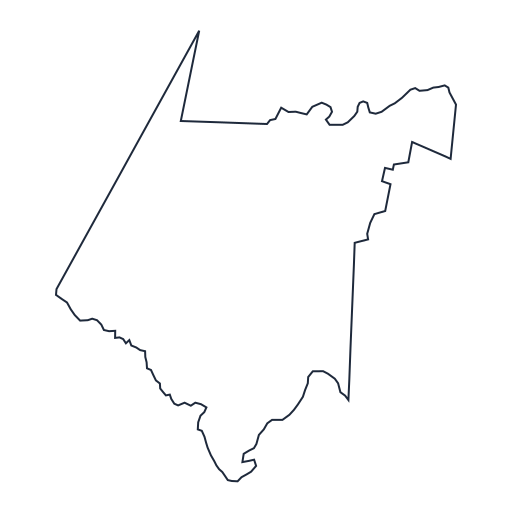 Cabaceiras, Paraíba, Brazil (Natural Earth projection)
{"feature_id": "56859067B3444043587564", "entity_name": "Cabaceiras", "entity_type": "district", "adm_level": 2, "iso_a3": "BRA", "parent_name": "Brazil", "parent_adm1": "Paraíba", "projection": "natural_earth1", "projection_center": [-36.284, -7.453], "detail": "fine", "context": "isolated", "style": "outline", "palette": "slate", "viewbox_px": 512, "rotation_deg": 0, "n_neighbors": 0, "source": "geoboundaries", "source_scale": "gbopen_adm2", "svg_char_len": 1990}
<svg xmlns="http://www.w3.org/2000/svg" viewBox="0 0 512 512"><path d="M348.4,400.0L349.3,379.9L350.5,347.7L353.9,265.1L354.7,242.8L368.1,239.4L367.2,233.8L370.2,222.9L374.4,214.1L385.2,211.0L390.5,184.2L382.0,181.2L385.0,167.9L392.8,169.7L393.9,164.5L408.3,162.3L412.1,142.0L446.4,156.9L450.6,158.9L456.0,104.6L449.5,92.5L448.3,87.6L444.7,85.4L438.6,87.0L433.3,87.6L427.5,90.1L419.5,90.8L415.2,88.1L410.4,89.7L402.0,97.8L394.8,103.3L389.7,105.8L381.6,111.8L375.7,113.7L369.8,112.4L368.3,107.5L367.2,102.9L363.2,101.4L359.6,102.9L357.7,106.8L357.3,111.7L354.3,116.0L347.8,122.3L342.7,124.8L329.6,124.8L325.9,119.6L329.3,116.6L332.0,111.8L330.5,107.1L326.4,104.6L321.7,102.7L312.3,106.8L306.7,114.4L300.8,113.0L295.7,111.7L288.5,112.0L281.2,107.7L275.4,119.0L270.1,120.1L267.0,124.0L261.0,123.8L219.3,122.3L180.8,121.0L199.2,30.7L136.4,144.4L120.1,174.0L56.5,289.1L56.0,294.9L61.5,298.8L67.0,302.5L70.8,309.4L74.7,315.0L80.1,320.6L87.8,320.2L92.2,318.7L97.0,320.2L101.3,324.6L103.9,330.0L109.1,331.2L115.2,330.8L115.1,337.9L119.5,337.4L123.2,339.1L125.9,343.3L129.3,340.1L131.3,345.5L136.3,347.5L140.1,350.1L145.1,351.2L145.3,357.0L146.6,362.3L147.0,368.3L151.0,370.0L153.2,374.8L155.9,380.4L159.9,383.5L160.2,388.5L163.1,392.1L165.9,395.4L169.8,394.6L171.3,399.0L174.3,403.7L178.1,405.4L184.6,402.7L190.8,405.7L195.3,402.7L201.0,404.2L206.4,407.4L204.3,412.1L200.5,415.7L198.2,422.3L197.8,429.4L201.8,430.8L204.5,436.8L206.1,442.7L207.6,447.6L210.9,455.3L214.3,461.2L216.4,465.4L219.1,469.2L222.3,472.0L224.9,475.8L227.8,480.1L231.8,481.0L237.6,481.3L241.5,477.2L246.6,474.4L251.1,471.7L256.1,465.9L254.1,459.7L248.8,460.9L242.4,462.1L243.7,453.8L249.4,450.4L253.9,448.2L256.4,444.0L258.9,434.9L263.8,429.4L267.3,423.3L272.0,419.9L277.1,419.9L282.4,419.9L289.4,414.8L293.9,409.9L297.8,404.6L302.9,396.8L305.1,390.0L307.8,383.3L308.2,377.0L312.8,371.3L323.1,371.2L327.9,373.7L334.8,378.7L338.1,383.3L340.4,392.2L345.1,395.6L348.4,400.0Z" fill="none" stroke="#1e293b" stroke-width="2"/></svg>